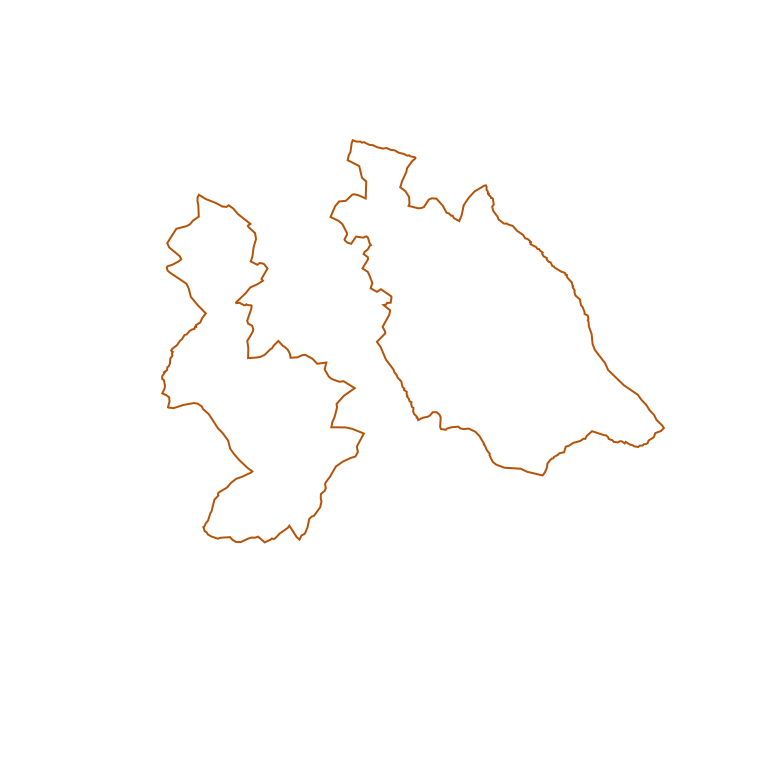 Kahama, Shinyanga, United Republic of Tanzania, rotated 213°
{"feature_id": "72390352B22692962057204", "entity_name": "Kahama", "entity_type": "district", "adm_level": 2, "iso_a3": "TZA", "parent_name": "United Republic of Tanzania", "parent_adm1": "Shinyanga", "projection": "albers", "projection_center": [32.403, -3.76], "detail": "fine", "context": "isolated", "style": "outline", "palette": "amber", "viewbox_px": 768, "rotation_deg": 213, "n_neighbors": 0, "source": "geoboundaries", "source_scale": "gbopen_adm2", "svg_char_len": 6167}
<svg xmlns="http://www.w3.org/2000/svg" viewBox="0 0 768 768"><g transform="rotate(213 384 384)"><path d="M125.3,499.5L128.0,500.7L135.9,502.3L140.5,505.1L147.1,506.7L152.3,509.2L159.4,510.9L165.2,513.2L182.2,513.6L203.6,517.8L210.0,521.9L225.9,527.5L230.9,531.2L237.1,539.0L243.6,543.9L246.2,547.5L247.8,548.4L248.0,549.9L249.8,551.9L250.8,552.4L253.8,551.9L255.2,553.8L259.4,556.7L261.8,557.4L265.6,561.6L271.7,562.5L274.4,564.8L275.0,566.3L278.4,567.8L278.6,569.1L279.5,569.2L281.7,571.4L287.5,572.9L289.1,573.6L289.9,575.0L291.4,574.5L292.1,575.6L293.4,575.6L296.1,574.8L304.7,574.6L305.6,575.1L307.0,574.6L310.4,576.7L312.4,576.2L315.3,577.0L316.0,578.3L319.7,578.0L322.3,579.4L322.5,580.7L325.8,580.8L327.5,581.6L328.7,580.8L331.1,581.7L337.2,581.0L337.9,582.9L338.8,582.4L339.2,583.3L342.7,583.9L344.9,583.0L348.6,584.8L355.8,584.9L362.0,586.7L367.4,585.3L368.3,585.5L370.7,583.9L377.5,584.4L379.8,586.1L386.5,588.6L389.8,591.5L389.7,594.2L393.4,598.6L394.5,598.9L395.5,598.3L396.8,599.3L398.5,599.4L399.8,600.8L400.4,600.2L402.0,602.2L403.7,602.6L405.3,605.2L406.8,606.1L407.9,605.0L412.9,594.9L414.4,586.2L414.5,577.3L410.8,567.9L409.6,561.6L415.7,561.2L418.3,562.6L419.2,561.7L422.4,562.4L424.8,561.7L431.9,565.6L440.9,568.0L444.9,565.9L446.9,563.1L446.9,554.1L448.9,551.5L451.3,549.9L460.4,546.8L460.8,549.0L464.8,554.5L471.1,557.4L477.5,557.8L479.3,564.0L480.8,574.2L482.2,577.5L481.7,586.7L480.7,589.4L480.7,590.7L481.4,591.0L486.1,589.3L487.5,589.5L488.4,588.4L489.9,587.9L492.4,587.9L497.5,586.0L502.3,585.8L505.6,584.1L510.4,583.3L513.2,580.8L518.9,578.8L523.2,578.3L526.5,576.6L532.5,575.9L534.0,574.4L535.7,574.5L539.3,572.2L543.0,571.4L542.2,568.2L538.5,560.3L538.0,556.2L536.4,551.9L523.5,553.3L514.8,545.0L509.2,544.2L500.4,529.6L508.6,528.3L512.7,526.7L513.8,525.2L515.8,516.8L521.1,512.6L521.8,506.6L519.8,494.9L510.7,496.1L505.7,495.3L497.2,490.4L496.4,489.0L495.9,483.8L494.9,483.1L491.7,482.6L487.9,483.7L487.7,492.4L481.4,495.3L479.2,498.2L477.7,498.2L475.8,496.9L473.0,494.4L470.6,493.4L471.2,492.5L470.9,488.2L472.2,484.4L471.8,481.9L466.8,481.6L466.0,481.0L465.3,479.6L465.0,469.2L458.6,469.2L454.4,466.5L448.7,462.2L447.4,457.0L440.1,457.5L438.2,461.8L425.7,461.5L425.0,460.9L422.7,455.8L425.6,453.6L425.5,451.8L427.4,450.0L419.0,449.1L417.3,445.0L416.3,431.2L411.8,428.7L410.5,427.2L412.9,415.5L407.0,413.2L395.6,405.5L384.2,401.4L381.5,399.4L378.7,398.6L376.0,396.8L370.8,395.5L366.9,391.6L364.4,391.2L364.1,389.9L360.8,389.9L359.1,387.4L358.0,387.0L357.9,386.0L355.4,385.3L353.0,383.4L351.0,383.7L350.4,382.1L348.1,380.0L346.2,380.0L344.7,376.9L342.3,375.2L338.6,374.5L338.2,373.5L337.1,373.7L335.7,372.4L333.1,376.8L329.3,380.5L328.2,383.1L327.8,386.9L324.5,389.0L320.9,388.6L318.2,386.8L313.5,378.5L311.7,377.3L307.3,379.2L307.1,380.6L304.0,384.3L298.4,388.7L295.9,388.3L292.5,389.6L288.7,392.8L281.3,393.7L275.7,392.4L267.6,388.4L267.3,387.5L266.1,387.5L261.7,384.5L257.2,383.0L256.6,381.6L250.3,377.9L246.1,377.5L237.5,379.3L223.2,387.4L216.0,388.4L201.2,393.7L200.9,397.5L201.8,402.6L203.6,406.4L203.1,411.4L202.7,412.8L201.5,413.8L201.7,415.5L199.6,419.2L199.2,421.4L195.8,424.8L197.4,430.4L195.2,433.1L193.1,437.8L188.2,443.3L187.0,446.6L185.3,447.6L185.7,450.9L183.8,457.7L171.4,461.0L169.8,461.9L167.0,461.4L165.6,460.3L161.9,461.2L159.7,460.6L156.1,462.4L155.0,464.5L153.4,465.4L149.8,465.3L149.8,467.1L144.9,467.1L142.6,468.0L140.1,468.0L136.6,469.6L135.9,471.7L133.6,473.2L133.3,475.0L131.6,476.2L130.7,478.0L131.3,480.8L128.7,486.3L129.7,490.6L126.1,495.5L125.3,499.5ZM370.1,207.4L370.7,212.1L369.0,214.9L369.1,217.0L370.1,222.2L373.2,230.1L372.4,233.5L370.9,235.4L370.4,246.0L372.5,251.5L374.6,253.4L377.0,257.3L375.6,262.0L376.0,264.9L378.9,268.0L379.3,269.7L378.8,276.5L379.4,288.7L376.2,296.6L371.6,303.9L368.5,307.6L368.8,312.6L372.4,316.4L372.8,317.6L373.9,331.5L386.2,329.1L392.5,326.7L404.6,319.0L406.5,323.6L407.4,329.3L409.7,336.1L410.8,339.0L412.9,341.4L411.2,352.4L406.3,364.6L419.5,364.3L422.4,361.7L425.7,360.8L430.9,359.7L434.3,360.1L441.7,363.9L444.1,370.6L451.0,364.6L457.6,366.2L466.1,365.6L468.6,363.2L471.0,359.3L476.7,355.1L479.3,358.1L483.4,360.3L487.8,361.1L489.4,360.8L496.0,362.6L497.4,356.2L497.4,352.9L498.3,351.1L499.9,343.6L502.4,339.5L505.0,337.0L512.1,331.7L517.4,340.3L522.1,345.6L522.5,355.9L523.4,358.7L526.3,361.1L530.8,360.6L533.2,362.5L536.3,375.0L537.5,377.4L538.4,377.6L541.3,375.9L542.8,375.9L543.2,374.6L544.3,373.8L549.5,373.4L551.9,371.4L552.5,371.9L549.4,385.2L548.7,392.2L544.5,398.7L541.8,404.7L544.0,405.4L544.6,417.4L549.7,419.2L551.4,419.0L554.2,417.7L555.1,415.0L562.6,414.2L563.7,419.1L567.8,427.6L570.3,435.9L574.3,440.3L583.5,441.9L584.4,442.7L583.2,445.5L599.3,447.0L605.7,449.0L611.6,449.3L612.5,446.8L616.2,444.8L623.1,444.3L634.5,442.0L642.3,441.9L642.0,439.0L639.9,435.6L637.3,433.1L630.5,423.5L633.3,416.7L633.6,412.6L635.5,408.9L642.7,401.1L642.5,384.1L638.4,381.5L625.2,380.0L622.0,378.2L623.0,375.0L626.3,369.0L629.7,364.8L629.6,363.3L627.3,361.3L624.3,360.8L604.1,360.5L599.5,357.5L593.5,351.9L582.9,348.6L571.9,346.2L572.4,340.1L571.6,335.6L573.7,331.0L572.6,329.6L573.7,329.1L573.0,326.9L574.6,325.3L575.9,322.6L576.5,318.1L578.0,316.3L577.8,311.7L578.6,309.3L578.8,303.7L580.8,298.1L580.7,296.1L578.5,295.9L578.6,294.3L576.9,292.6L577.1,288.8L574.7,284.8L574.2,281.5L574.8,279.9L573.5,277.6L574.8,274.4L574.1,274.5L574.3,269.8L572.9,267.5L570.6,267.3L566.9,263.4L565.6,260.9L564.8,255.3L560.7,256.1L556.9,255.8L554.3,252.4L552.5,246.8L552.0,246.8L547.4,249.1L540.6,257.4L533.0,264.5L529.6,266.0L524.7,266.0L522.1,264.4L514.5,263.3L498.9,256.3L493.0,255.1L484.0,251.7L477.9,246.1L471.7,243.6L463.7,241.3L452.7,239.3L446.8,239.0L447.2,237.4L452.3,229.2L456.4,223.9L458.6,217.4L459.2,211.9L463.6,202.8L463.3,201.2L462.2,200.3L463.2,194.7L459.2,183.0L459.3,181.3L457.2,173.6L457.6,170.0L457.0,166.6L457.6,165.6L454.2,162.9L452.1,163.0L449.6,161.9L446.3,162.0L439.2,163.7L437.4,166.0L429.7,171.7L426.0,170.7L421.9,171.0L418.1,173.3L413.4,180.8L411.5,183.0L408.3,185.0L406.5,187.4L397.8,186.2L394.3,191.8L393.9,193.4L392.2,193.8L391.2,195.3L390.0,202.0L386.3,211.0L386.2,213.6L373.7,208.0L370.1,207.4Z" fill="none" stroke="#b45309" stroke-width="2"/></g></svg>